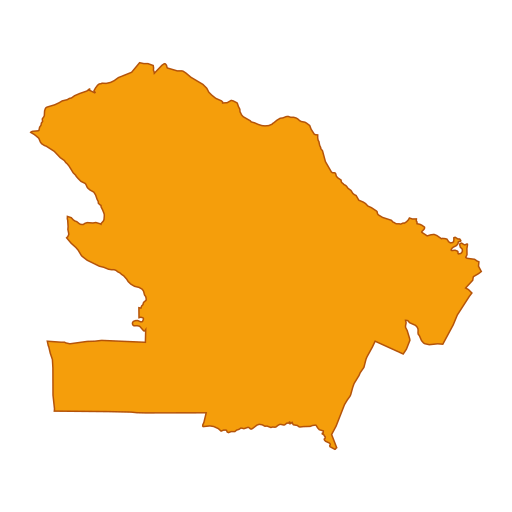 outline of Cocorastii Mislii, Prahova, Romania
{"feature_id": "2599482B78441149052193", "entity_name": "Cocorastii Mislii", "entity_type": "district", "adm_level": 2, "iso_a3": "ROU", "parent_name": "Romania", "parent_adm1": "Prahova", "projection": "natural_earth1", "projection_center": [25.918, 45.09], "detail": "fine", "context": "isolated", "style": "filled", "palette": "amber", "viewbox_px": 512, "rotation_deg": 0, "n_neighbors": 0, "source": "geoboundaries", "source_scale": "gbopen_adm2", "svg_char_len": 5971}
<svg xmlns="http://www.w3.org/2000/svg" viewBox="0 0 512 512"><path d="M336.7,447.7L331.6,434.5L336.1,426.1L344.5,404.6L347.2,400.1L350.0,396.2L350.7,394.7L352.8,387.1L354.1,383.5L359.0,375.5L360.2,372.7L363.9,367.4L366.0,359.2L367.0,356.8L372.4,347.0L375.1,341.2L403.2,354.0L406.4,349.2L409.9,340.3L409.6,338.5L407.2,330.6L405.6,327.5L405.5,326.0L406.1,322.8L405.5,320.3L406.2,320.3L407.8,320.6L409.6,322.7L415.4,325.3L416.9,326.8L417.9,328.6L418.1,330.2L418.0,333.0L418.3,334.4L419.3,335.5L421.5,340.6L423.6,343.0L424.8,343.7L429.3,344.7L437.6,343.8L442.8,344.2L453.2,324.9L457.3,315.0L469.5,296.1L471.9,293.0L468.5,289.6L465.6,288.0L472.7,280.3L473.2,277.3L473.5,276.6L478.6,273.6L481.3,271.5L478.5,266.2L478.9,261.8L477.2,261.1L474.6,259.3L467.1,258.3L465.8,257.5L466.0,256.5L466.5,255.9L467.0,254.6L466.9,248.6L467.5,244.8L467.4,244.1L466.8,244.0L464.9,244.9L464.1,244.7L461.6,243.1L460.2,243.5L459.9,243.9L459.7,244.9L460.4,247.4L461.3,248.1L462.3,249.3L462.4,251.4L461.4,253.0L460.4,253.6L458.4,253.9L458.0,253.3L458.0,251.9L457.4,251.1L455.0,250.2L452.0,250.6L451.3,250.3L451.1,249.8L451.8,248.5L453.1,247.3L456.4,245.6L457.9,243.8L458.1,243.3L458.2,242.1L458.6,241.7L460.6,241.2L460.8,240.5L459.7,239.0L457.8,238.9L455.2,237.3L454.3,237.5L453.8,237.8L453.9,239.6L453.6,241.7L452.4,242.6L450.4,242.9L448.7,241.8L446.9,239.1L444.9,238.6L442.3,238.4L441.4,238.7L436.8,235.5L434.0,234.4L430.8,234.8L427.2,235.9L421.8,232.3L421.8,231.6L424.1,229.2L424.6,228.0L424.5,227.1L421.8,225.2L419.9,224.3L417.0,223.7L417.0,222.0L416.3,221.0L416.4,218.9L412.5,219.0L409.4,218.0L408.5,219.7L406.5,221.8L404.1,223.3L403.2,223.0L400.7,224.1L399.2,223.8L396.6,223.8L395.6,223.5L394.1,222.5L393.0,222.1L391.4,220.3L382.5,217.4L378.4,214.9L377.6,213.9L377.0,211.5L376.3,210.9L371.5,207.7L367.8,206.0L365.6,203.6L363.3,202.1L358.8,200.2L356.1,195.5L354.4,194.7L352.8,193.4L351.0,190.5L347.9,188.2L346.6,186.3L345.6,185.4L343.8,184.5L343.4,183.9L341.7,182.5L341.2,181.4L341.1,180.1L337.6,177.7L336.3,176.1L335.7,173.8L334.9,172.8L332.4,172.7L331.4,172.0L325.4,161.6L322.5,150.8L320.7,148.5L320.7,147.5L319.7,145.5L318.9,141.6L318.1,140.2L317.7,137.9L317.7,134.9L315.4,134.7L314.2,134.1L311.1,129.2L309.7,125.5L306.5,123.1L304.9,122.2L301.2,121.5L299.6,120.6L297.7,118.9L296.1,118.0L293.7,117.3L290.7,117.3L288.1,116.4L286.2,116.6L282.9,117.9L280.1,118.3L276.8,120.3L273.8,122.8L272.6,123.5L272.1,124.2L268.7,125.6L265.0,125.9L261.9,125.6L258.4,124.5L254.5,122.8L251.2,121.9L250.3,120.8L243.2,116.7L241.7,115.1L240.0,111.7L239.8,109.2L238.4,106.5L237.3,103.2L236.9,102.8L233.2,100.9L231.2,100.4L227.2,102.7L222.6,103.0L222.6,102.0L221.5,100.9L215.7,98.3L211.7,95.1L208.8,92.2L206.8,88.3L206.1,87.6L202.9,84.4L190.8,77.2L186.0,73.1L183.1,71.2L181.9,70.9L177.3,70.9L167.4,68.0L167.1,67.7L166.5,65.3L165.4,63.9L164.3,63.7L161.9,65.3L154.3,73.3L154.1,71.8L153.4,70.1L153.6,68.0L153.2,65.5L147.9,63.6L143.8,63.6L139.6,62.7L131.6,72.3L118.4,77.6L114.1,80.7L110.6,82.4L106.2,83.4L102.0,83.2L100.9,83.8L99.9,83.8L98.8,84.2L97.5,85.3L95.5,88.0L94.0,90.7L95.1,92.5L94.7,92.8L90.0,90.5L89.0,90.3L89.1,89.7L89.7,89.4L89.6,89.0L89.2,89.1L86.9,91.0L79.7,93.5L74.6,95.7L71.4,98.0L69.4,98.4L67.2,99.7L62.2,100.9L59.2,102.7L54.7,104.8L47.0,107.1L46.0,107.7L45.4,108.5L44.6,110.8L44.3,115.7L43.8,116.8L42.4,118.7L42.3,119.3L42.6,121.5L41.4,123.0L41.0,125.3L39.6,127.2L39.0,130.2L38.1,130.8L32.6,131.3L31.2,131.8L30.7,132.4L34.3,134.5L38.2,137.7L38.9,138.5L40.4,142.1L41.6,143.7L44.4,145.5L46.3,146.2L54.2,151.3L60.3,157.7L64.3,160.5L65.8,162.6L67.1,163.7L69.0,166.0L73.2,172.8L75.7,175.3L76.1,176.2L78.2,178.6L81.0,181.4L85.1,183.4L85.9,184.4L87.2,187.3L87.9,188.2L90.0,190.0L93.8,192.1L95.6,195.0L97.1,199.3L98.3,201.6L98.3,203.1L99.7,204.6L101.0,205.4L101.1,206.9L102.7,210.1L104.2,214.0L104.3,215.8L104.0,219.6L103.3,221.1L101.3,223.3L101.0,224.3L100.2,223.8L95.8,222.5L92.9,223.0L87.3,222.6L85.0,223.3L83.2,224.5L80.7,224.4L79.3,223.7L76.7,221.6L75.1,221.1L73.3,219.9L71.3,217.7L67.4,216.4L67.3,218.8L67.7,220.2L68.1,226.5L67.9,229.5L68.7,233.5L68.7,234.6L67.8,236.6L66.6,237.8L71.1,243.2L75.9,247.5L78.2,250.2L81.3,255.4L82.1,256.3L87.1,260.2L99.3,266.2L103.8,267.3L108.4,269.2L111.4,269.7L114.1,269.7L116.0,270.4L117.9,271.9L119.8,272.8L121.6,274.4L123.7,275.8L126.7,279.2L128.2,281.6L130.8,284.1L134.5,286.3L139.0,287.4L142.0,289.1L143.3,290.7L143.8,292.1L144.5,294.9L145.7,296.6L146.1,298.1L146.2,299.9L145.9,300.4L143.7,302.3L143.3,303.1L143.0,304.6L141.6,306.0L140.9,308.1L138.9,307.7L139.0,317.7L140.8,317.2L142.9,317.8L143.4,318.4L143.4,319.3L142.7,321.1L142.2,321.7L140.9,321.9L137.6,320.5L135.5,320.6L133.4,321.4L132.7,322.3L132.4,323.2L132.7,324.8L133.9,325.8L137.2,325.7L139.1,326.1L139.9,326.5L143.6,330.8L144.8,331.0L145.7,329.6L145.4,342.3L101.6,340.4L94.8,341.2L87.3,341.4L69.9,343.8L65.8,342.9L64.5,342.2L60.9,342.2L47.3,341.2L48.3,345.9L48.7,346.5L50.3,353.3L52.4,359.5L52.9,368.0L53.0,395.1L54.5,408.9L54.3,411.1L108.7,411.6L131.3,412.1L136.9,412.7L145.2,412.9L206.2,412.8L203.9,422.4L202.8,424.8L202.7,426.1L203.2,426.6L209.9,425.9L213.7,426.5L218.3,428.6L221.1,431.1L223.6,430.1L225.9,430.1L226.5,430.3L227.2,432.0L228.5,432.6L231.1,431.6L234.8,431.6L236.6,430.1L238.9,429.4L240.8,428.1L242.0,428.2L243.9,428.7L248.1,427.3L249.3,427.8L250.4,428.9L251.2,429.1L252.4,428.6L257.0,425.1L259.2,424.3L262.3,424.8L264.8,426.2L267.1,426.1L270.9,427.5L272.6,427.0L274.8,427.2L275.9,427.0L278.2,425.2L279.8,424.4L280.9,424.4L283.6,425.0L284.6,424.9L286.9,423.1L288.9,423.1L289.4,422.0L289.7,422.0L290.3,422.6L290.1,423.7L290.7,423.6L292.1,422.4L293.1,424.5L293.5,424.8L297.5,425.5L298.5,426.5L299.8,427.0L303.4,426.6L310.2,426.4L312.4,425.5L315.4,425.1L316.1,425.3L317.6,427.8L319.3,429.7L323.3,430.9L323.2,433.0L322.4,433.1L322.2,433.8L324.0,435.0L324.5,436.1L325.2,436.7L325.1,438.3L324.2,439.1L324.5,440.1L325.6,441.3L329.3,443.0L330.0,443.6L330.3,444.5L329.7,445.8L330.0,446.7L334.8,449.3L335.3,449.2L336.2,448.0L336.7,447.7Z" fill="#f59e0b" stroke="#b45309" stroke-width="1.5"/></svg>